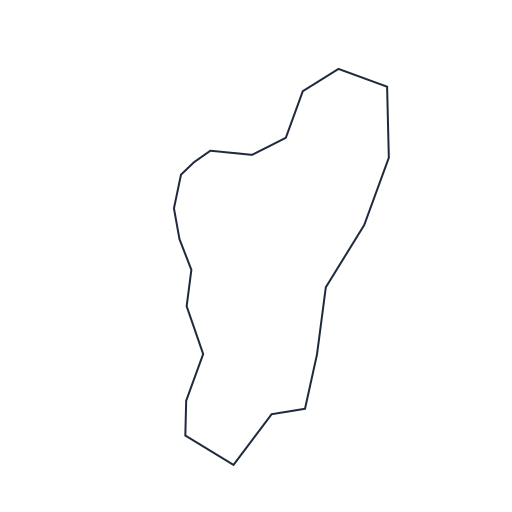 map outline of Eger (orthographic projection), rotated 200°
{"feature_id": "HUN-4920", "entity_name": "Eger", "entity_type": "Urban county", "adm_level": 1, "iso_a3": "HUN", "parent_name": "Hungary", "parent_adm1": "", "projection": "orthographic", "projection_center": [20.383, 47.928], "detail": "fine", "context": "isolated", "style": "outline", "palette": "slate", "viewbox_px": 512, "rotation_deg": 200, "n_neighbors": 0, "source": "natural_earth", "source_scale": "10m", "svg_char_len": 439}
<svg xmlns="http://www.w3.org/2000/svg" viewBox="0 0 512 512"><g transform="rotate(200 256 256)"><path d="M304.0,185.1L312.0,220.9L333.7,245.7L349.4,272.7L354.3,306.8L346.3,323.0L334.9,339.3L294.3,349.7L268.4,377.3L268.4,426.9L242.5,460.0L190.7,459.9L164.8,393.8L164.9,322.1L179.7,250.5L165.0,184.3L157.7,129.2L187.2,112.7L205.7,52.0L261.0,63.1L272.1,96.1L272.1,145.8L304.0,185.1Z" fill="none" stroke="#1e293b" stroke-width="2"/></g></svg>